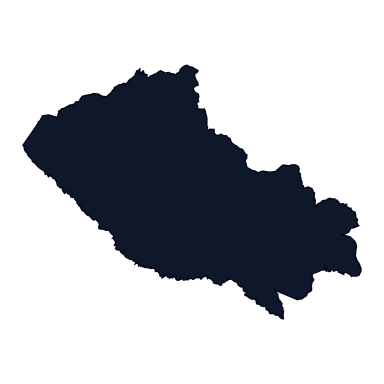 Serranópolis, Goiás, Brazil
{"feature_id": "56859067B10105372355636", "entity_name": "Serranópolis", "entity_type": "district", "adm_level": 2, "iso_a3": "BRA", "parent_name": "Brazil", "parent_adm1": "Goiás", "projection": "orthographic", "projection_center": [-52.171, -18.223], "detail": "fine", "context": "isolated", "style": "filled", "palette": "ink", "viewbox_px": 384, "rotation_deg": 0, "n_neighbors": 0, "source": "geoboundaries", "source_scale": "gbopen_adm2", "svg_char_len": 5966}
<svg xmlns="http://www.w3.org/2000/svg" viewBox="0 0 384 384"><path d="M283.3,318.6L283.0,313.9L283.5,311.4L282.7,309.7L282.9,308.6L282.4,307.3L281.1,305.7L282.0,303.9L279.9,300.7L279.0,300.1L277.9,297.1L277.6,294.0L275.6,291.8L274.9,290.1L297.7,299.7L298.8,299.1L301.6,298.9L306.5,295.6L306.6,294.6L307.9,292.5L310.3,291.5L311.5,290.3L311.5,287.4L310.7,286.0L311.6,284.9L311.4,283.5L313.7,279.8L312.6,277.8L311.8,274.5L314.0,273.1L317.8,271.8L322.0,269.7L323.7,270.0L324.4,268.4L326.2,268.5L325.1,269.6L326.3,271.1L327.9,270.6L328.7,271.5L330.3,271.3L330.7,269.9L333.2,269.5L333.4,271.1L336.8,270.1L338.2,270.4L338.4,271.9L343.7,274.4L343.8,273.0L345.1,272.1L348.9,273.7L350.4,274.8L351.5,276.4L352.5,275.8L356.5,276.1L357.5,275.4L358.7,275.4L360.8,271.5L361.0,268.7L359.0,263.5L356.9,260.5L355.3,256.1L355.7,250.6L356.5,246.8L355.7,243.1L354.2,240.8L350.0,236.9L342.4,234.9L348.5,232.3L351.0,227.8L353.2,227.9L358.6,225.7L357.7,224.7L356.9,222.6L356.7,221.1L357.3,220.4L357.4,219.3L355.5,217.5L355.8,216.0L354.9,212.0L353.3,212.0L351.1,209.7L350.9,208.3L350.1,208.6L346.3,206.4L346.7,204.4L344.3,204.7L343.5,203.8L339.3,204.1L338.9,202.3L337.5,201.0L337.1,200.2L335.6,200.1L334.9,199.1L333.6,198.9L332.6,199.1L330.1,198.4L327.9,198.9L326.0,200.3L322.6,200.7L321.7,201.9L317.4,204.3L315.9,206.1L314.9,206.0L315.2,200.4L314.6,199.4L314.8,198.6L313.9,198.6L314.4,192.9L313.3,192.3L312.5,189.6L311.6,188.5L309.5,187.8L308.6,187.0L304.3,188.3L303.6,187.5L303.2,185.9L302.0,185.3L301.8,181.2L301.0,180.1L300.9,178.1L299.9,175.8L300.5,174.5L298.8,172.2L298.7,169.9L299.3,169.1L298.7,168.5L298.6,167.0L297.6,166.0L295.4,165.0L292.2,164.9L288.7,165.9L283.8,165.1L282.6,165.3L275.4,171.6L269.5,172.3L263.3,171.2L261.4,171.4L258.8,172.7L257.1,172.3L254.5,170.9L252.8,170.8L246.9,167.5L245.0,160.2L246.8,157.7L246.5,156.6L246.9,155.0L245.2,153.9L242.5,149.5L241.6,149.0L239.3,148.9L238.8,147.9L236.3,145.8L234.5,145.1L231.2,142.3L230.1,138.7L227.5,137.3L226.6,136.0L225.5,135.6L224.7,136.0L223.5,135.7L220.8,134.3L219.1,135.3L216.3,135.4L214.0,133.0L214.2,130.3L213.9,129.4L209.5,129.4L207.5,130.6L206.8,129.6L207.5,127.0L206.8,126.1L206.8,117.5L205.6,113.4L205.3,111.1L204.1,109.0L201.2,109.4L197.5,108.7L197.1,107.2L197.7,106.3L196.4,104.0L196.7,103.1L198.6,101.3L197.9,99.2L198.7,96.8L198.5,94.9L198.0,93.9L195.2,92.7L193.3,89.3L193.5,87.7L194.2,86.9L196.1,85.5L197.9,85.3L198.1,84.2L197.5,83.4L197.6,82.5L195.7,79.4L194.4,75.3L195.1,73.5L197.5,71.9L197.9,70.6L192.2,67.3L190.0,66.9L186.9,65.3L183.7,66.4L182.7,67.3L180.5,69.3L179.6,71.8L178.6,72.8L176.8,73.5L176.2,74.6L175.2,74.8L174.3,74.2L170.3,73.5L169.3,72.5L165.2,73.1L160.7,70.8L158.7,71.6L158.2,72.5L155.6,73.9L149.8,76.5L149.9,78.1L148.2,77.5L147.2,78.3L146.7,76.7L147.1,74.9L145.2,74.2L143.4,74.6L144.0,73.3L143.3,71.0L142.3,71.6L142.1,72.9L141.0,72.4L139.9,73.1L139.6,71.3L140.0,70.1L139.8,69.0L138.2,70.8L136.9,70.8L134.6,76.2L128.8,80.5L127.3,83.0L126.5,83.6L123.3,83.5L121.4,84.6L118.6,85.0L117.5,86.0L114.8,87.2L114.2,88.0L114.0,89.2L112.5,90.6L111.3,92.7L106.2,96.9L101.2,96.0L98.7,94.2L93.3,93.6L91.2,94.5L89.0,94.8L88.3,95.3L87.3,95.1L82.3,96.4L80.1,99.3L79.8,100.8L78.8,101.6L76.0,101.9L74.3,104.0L72.3,104.9L70.1,105.0L64.2,108.3L61.6,108.9L60.9,109.9L58.7,111.2L58.7,113.2L58.0,114.6L58.0,115.8L56.7,117.4L48.7,115.0L42.6,115.9L39.8,121.2L38.7,121.6L37.0,125.1L23.0,145.3L24.1,146.1L24.3,148.6L25.1,150.8L26.6,152.5L27.7,153.1L27.6,154.1L28.6,156.0L32.0,159.4L32.4,161.2L33.1,161.9L35.4,163.5L37.9,166.5L40.5,168.6L43.8,170.8L44.7,171.0L45.4,174.4L46.6,174.0L47.7,174.5L47.8,175.7L48.7,176.6L49.3,175.7L51.8,176.2L53.0,178.3L55.0,178.8L56.8,182.2L57.4,185.1L60.2,187.7L61.1,187.4L62.0,188.4L62.7,189.3L62.6,190.4L64.5,193.3L65.6,192.9L66.1,191.6L67.2,192.1L67.8,193.5L69.2,194.1L71.2,196.0L70.8,196.8L72.9,197.5L73.7,196.7L74.7,197.5L74.8,199.1L77.2,201.6L77.0,202.8L79.1,205.7L80.3,206.7L82.2,210.6L83.5,210.7L86.9,214.8L89.5,215.8L92.7,219.4L93.7,220.0L95.4,219.1L98.4,221.8L99.8,225.3L99.0,225.9L98.8,228.2L99.6,228.8L104.0,229.3L106.1,230.3L108.6,229.9L110.3,231.8L110.5,232.9L111.7,233.1L112.0,234.2L113.0,234.3L113.3,235.9L114.1,236.6L112.8,238.3L113.8,238.2L113.9,239.2L115.8,242.1L114.6,245.3L115.4,245.1L116.8,246.6L115.6,248.4L116.4,249.4L117.2,249.8L119.6,250.0L120.4,250.6L120.6,251.9L121.4,251.4L122.2,253.4L122.7,252.5L125.4,256.6L127.4,257.9L128.3,257.1L128.2,258.0L129.9,259.3L131.8,259.3L132.6,259.7L133.2,260.9L135.3,261.5L135.9,262.4L135.3,263.8L136.3,263.2L137.3,263.2L138.5,263.9L138.7,265.4L139.2,264.6L140.3,266.1L141.0,265.4L142.1,266.5L142.8,266.0L144.2,267.3L146.9,267.4L147.9,267.9L149.1,267.6L150.6,268.4L151.2,267.4L151.8,268.3L153.7,268.1L155.4,269.3L155.4,271.1L156.4,270.4L156.7,271.4L157.6,271.3L158.8,272.6L160.1,274.6L159.9,275.7L162.1,276.7L162.2,277.9L166.4,275.0L167.7,277.1L169.0,277.0L169.4,278.2L171.0,277.0L172.1,277.8L172.5,276.5L174.0,277.2L176.1,277.2L175.6,278.5L177.0,280.1L179.1,280.1L179.1,279.2L180.4,279.4L182.4,278.7L183.3,279.1L183.3,280.0L185.9,279.8L186.5,278.8L187.5,279.6L188.3,279.7L189.2,278.1L190.4,278.6L191.5,278.3L193.1,279.4L195.3,278.1L196.4,276.9L197.8,277.8L199.5,277.3L200.9,279.0L203.0,277.0L205.8,276.0L206.7,276.4L207.5,278.5L208.2,278.0L209.1,278.1L211.7,279.4L213.6,281.8L213.6,282.9L216.4,283.7L217.7,283.6L220.2,285.2L221.2,285.2L222.1,282.8L224.3,282.4L226.4,280.5L227.4,280.4L228.2,279.5L231.5,278.9L234.3,281.4L236.5,281.7L238.6,285.4L240.0,286.0L240.5,286.8L242.7,286.8L243.3,288.1L243.4,290.5L244.7,291.6L245.6,291.1L246.4,292.7L246.1,294.4L244.9,294.3L245.1,295.5L247.3,296.0L248.6,297.5L250.7,298.3L251.7,299.2L255.3,298.6L255.0,299.4L256.1,299.8L255.8,300.6L256.7,301.0L256.4,302.1L256.7,303.8L257.8,303.6L258.5,304.3L259.8,304.3L261.2,306.0L262.1,305.5L263.6,306.6L265.2,306.2L266.4,307.3L266.0,308.6L266.5,309.8L267.4,310.1L268.4,309.6L269.7,313.2L271.0,313.7L272.1,313.2L274.9,314.3L275.9,315.3L277.2,314.9L278.8,315.4L279.8,317.1L282.1,318.7L283.3,318.6Z" fill="#0f172a" stroke="#020617" stroke-width="1.5"/></svg>